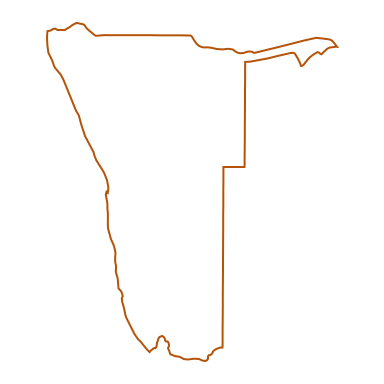 SVG path tracing the border of Namibia
{"feature_id": "NAM", "entity_name": "Namibia", "entity_type": "country or territory", "adm_level": 0, "iso_a3": "NAM", "parent_name": "Africa", "parent_adm1": "", "projection": "equal_earth", "projection_center": [18.141, -22.953], "detail": "fine", "context": "isolated", "style": "outline", "palette": "amber", "viewbox_px": 384, "rotation_deg": 0, "n_neighbors": 0, "source": "natural_earth", "source_scale": "50m", "svg_char_len": 2792}
<svg xmlns="http://www.w3.org/2000/svg" viewBox="0 0 384 384"><path d="M296.8,42.4L301.4,41.2L305.8,40.1L310.9,39.0L315.0,38.1L316.0,37.8L325.8,38.9L330.1,39.6L331.6,40.4L333.5,42.2L337.0,46.8L336.1,46.7L329.5,47.6L327.0,48.9L321.3,54.3L320.1,53.6L318.8,52.5L317.6,52.1L315.2,53.4L312.7,55.0L310.0,57.2L307.7,59.4L307.0,60.5L303.4,65.0L302.3,65.7L301.2,66.0L300.8,65.8L300.4,63.9L298.3,59.4L294.9,53.6L293.9,53.0L293.3,52.8L290.7,53.0L283.2,54.7L277.0,56.1L267.4,58.5L257.0,60.4L250.7,61.6L245.2,61.9L245.1,67.7L245.1,79.4L245.0,91.1L245.0,102.8L244.9,114.4L244.8,126.1L244.8,137.7L244.7,149.3L244.6,160.9L244.6,165.9L244.4,167.0L241.3,167.0L234.2,167.0L228.2,167.0L223.4,167.0L223.4,173.9L223.4,182.0L223.3,190.1L223.3,198.2L223.3,206.3L223.2,214.4L223.2,222.5L223.2,230.5L223.1,238.6L223.1,244.7L223.1,245.4L223.0,257.1L223.0,269.6L222.9,282.0L222.8,294.4L222.8,306.7L222.7,319.1L222.6,331.4L222.6,343.7L222.5,347.5L220.4,347.5L216.2,349.0L213.4,350.9L212.2,353.3L210.7,354.8L208.7,355.3L207.9,356.5L208.1,358.5L207.3,359.9L205.6,361.0L202.8,360.7L199.0,359.0L194.0,358.7L188.1,359.5L183.8,359.1L181.2,357.5L178.4,356.5L175.5,356.3L173.8,355.6L170.3,354.3L169.6,352.2L169.2,350.6L168.2,348.9L168.1,347.6L168.9,346.5L169.0,344.8L168.4,342.5L167.5,341.4L166.1,341.5L165.2,340.6L164.9,338.7L164.1,337.4L162.2,335.9L159.6,337.0L158.4,338.6L157.7,341.1L157.1,342.4L156.8,344.5L156.6,346.0L156.0,347.6L155.3,348.2L154.6,347.9L153.3,348.6L150.5,350.9L149.7,352.1L147.3,349.9L140.5,341.5L138.1,339.3L134.5,334.1L126.5,318.1L125.4,315.0L123.8,307.3L122.1,301.5L121.8,298.2L122.7,296.3L122.1,293.7L121.2,291.4L118.5,288.4L117.7,278.4L115.8,271.9L116.1,266.5L115.2,261.7L115.1,258.5L115.5,252.5L113.9,245.7L110.9,238.9L108.2,229.2L107.8,225.0L107.9,213.5L107.4,208.8L107.4,203.3L106.3,197.6L105.8,194.4L106.5,192.0L107.0,192.7L107.7,193.1L108.2,189.8L108.3,186.9L106.9,179.8L103.9,172.4L96.4,160.4L94.5,155.9L93.5,152.1L85.1,136.2L81.4,125.0L78.8,115.4L76.1,110.9L63.3,79.4L60.5,74.3L55.4,68.3L54.2,66.3L52.2,60.5L48.4,52.8L47.4,45.6L47.0,37.4L47.4,31.2L50.8,30.5L53.2,28.8L55.3,28.7L57.5,30.0L59.7,30.1L60.6,29.9L64.7,30.1L67.0,28.6L69.7,27.1L71.3,25.8L73.5,24.4L76.4,23.0L78.1,23.2L80.2,23.7L82.9,24.2L84.5,25.1L86.4,28.0L89.2,30.7L91.3,32.3L93.8,34.4L94.5,35.2L95.6,35.6L96.2,35.8L100.7,35.4L104.7,35.1L109.1,35.2L117.3,35.2L125.5,35.2L133.7,35.2L141.9,35.2L150.1,35.2L158.3,35.3L166.5,35.3L174.7,35.3L178.0,35.3L183.9,35.4L190.1,35.5L190.7,35.6L191.4,36.2L192.0,36.7L194.2,40.4L196.9,44.2L199.2,46.0L202.0,47.1L204.6,47.5L207.0,47.3L211.0,47.7L216.7,49.0L222.5,49.4L228.5,48.8L232.8,49.5L235.2,51.4L237.7,52.7L240.3,53.3L243.8,52.9L248.2,51.5L251.9,51.7L253.7,52.8L254.7,52.8L261.1,51.3L266.3,50.0L274.1,48.1L280.6,46.5L290.1,44.1L296.8,42.4Z" fill="none" stroke="#b45309" stroke-width="2"/></svg>